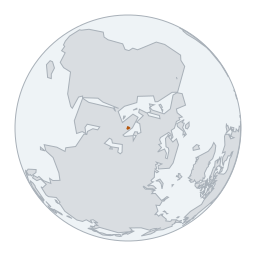 Amasya highlighted on a globe, orthographic projection, rotated 139°
{"feature_id": "TUR-2290", "entity_name": "Amasya", "entity_type": "Province", "adm_level": 1, "iso_a3": "TUR", "parent_name": "Turkey", "parent_adm1": "", "projection": "orthographic", "projection_center": [35.812, 40.638], "detail": "fine", "context": "on_globe", "style": "filled", "palette": "amber", "viewbox_px": 256, "rotation_deg": 139, "n_neighbors": 0, "source": "natural_earth", "source_scale": "10m", "svg_char_len": 10560}
<svg xmlns="http://www.w3.org/2000/svg" viewBox="0 0 256 256"><g transform="rotate(139 128 128)"><circle cx="128" cy="128" r="113" fill="#eef3f6" stroke="#a8b0b8"/><path d="M102.7,18.2L102.9,18.2L100.6,18.7L102.7,18.2ZM99.9,18.9L101.1,18.7L105.2,17.8L107.5,17.4L117.6,17.3L130.8,17.7L135.6,17.3L134.1,18.0L143.5,17.4L151.1,18.5L142.1,17.6L140.9,17.9L145.9,18.7L145.7,19.2L148.0,19.9L147.4,20.5L142.2,20.2L141.7,20.7L145.2,21.3L146.8,22.5L141.7,21.5L143.9,23.6L135.7,24.1L122.6,22.1L117.6,23.9L103.0,26.1L103.9,26.8L98.9,28.5L98.1,30.0L95.7,30.2L97.2,31.3L99.6,30.8L101.1,31.2L100.9,32.2L97.6,32.5L97.3,32.1L96.2,32.7L94.7,32.5L95.3,33.2L91.5,33.7L94.9,34.6L91.5,36.3L89.0,36.2L89.8,34.3L86.1,30.4L83.8,30.2L79.8,31.6L71.2,38.1L68.5,38.9L64.4,41.4L65.6,41.7L69.3,39.9L70.6,41.3L74.8,39.2L76.0,39.6L80.2,38.5L78.9,40.8L75.5,43.8L71.9,44.9L70.3,46.3L73.2,47.2L66.1,51.5L60.7,58.3L58.9,59.3L56.3,57.5L57.6,52.4L54.3,51.1L55.8,54.2L51.3,57.2L50.4,58.8L50.2,60.1L51.7,60.0L50.0,61.6L47.9,58.8L49.4,57.3L50.0,58.1L50.6,55.8L49.1,54.4L47.0,56.3L47.0,53.0L45.5,54.4L44.7,54.7L47.1,52.6L42.8,56.4L42.5,54.9L38.6,59.5L42.8,54.3L43.1,54.0L43.2,53.9L49.0,47.7L55.2,42.0L61.9,36.8L68.9,32.1L76.3,27.9L83.9,24.3L91.8,21.3L99.9,18.9ZM18.8,100.5L18.3,102.5L18.2,102.9L16.1,115.3L15.8,125.4L15.7,130.8L15.6,132.1L15.9,135.5L15.9,137.0L18.9,150.3L22.0,159.9L22.8,165.0L22.3,166.4L23.5,170.0L20.8,162.6L18.7,155.0L17.0,147.3L16.0,139.5L15.4,131.7L15.4,123.8L16.0,116.0L17.1,108.2L18.8,100.5ZM35.7,63.5L36.7,62.0L35.9,63.1L35.7,63.5ZM108.6,17.2L105.2,17.8L101.6,18.5L104.4,17.9L108.6,17.2ZM115.4,16.5L113.8,16.8L112.5,16.7L113.8,16.5L115.4,16.5ZM139.0,17.1L136.4,16.9L139.0,17.0L139.0,17.1ZM148.4,19.9L149.3,19.9L150.1,20.3L148.4,19.9ZM80.6,37.3L80.4,37.9L79.7,37.8L80.6,37.3ZM82.6,36.4L81.9,35.9L82.8,35.4L83.2,35.7L82.6,36.4ZM149.9,21.7L151.0,22.6L149.0,21.6L149.9,21.7ZM83.2,37.2L84.4,34.5L85.9,33.7L88.6,34.2L83.2,37.2ZM151.1,23.0L153.8,25.4L155.9,25.4L151.7,26.9L150.7,24.3L147.9,23.0L150.2,23.4L151.1,23.0ZM100.5,30.3L97.9,30.8L100.3,29.5L100.5,30.3ZM101.7,29.4L106.8,25.4L110.6,25.3L108.1,26.5L113.1,25.8L112.3,27.7L109.4,28.5L107.2,28.2L108.6,29.2L101.7,29.4ZM148.9,27.4L148.8,28.1L147.9,27.4L148.9,27.4ZM101.9,31.3L102.6,30.4L105.9,30.2L105.0,31.9L104.2,31.4L101.9,31.3ZM114.7,24.8L117.0,25.1L117.0,26.6L117.9,27.0L112.6,27.7L114.7,24.8ZM103.4,31.9L104.5,32.8L102.8,33.8L101.4,32.1L103.4,31.9ZM107.1,29.4L108.6,29.4L107.5,30.0L107.1,29.4ZM97.2,38.2L98.0,37.0L99.7,36.7L97.2,38.2ZM105.1,33.1L105.7,32.7L106.5,32.5L106.8,33.3L105.1,33.1ZM113.0,28.9L112.5,29.5L115.2,28.6L115.3,29.9L111.7,30.2L113.3,30.6L113.4,31.0L110.4,30.9L113.0,28.9ZM109.6,33.6L105.1,34.7L103.2,37.0L101.6,37.2L104.9,33.6L109.6,33.6ZM110.3,32.0L109.5,33.0L107.9,32.7L107.5,31.8L110.3,32.0ZM116.7,30.6L117.4,28.6L118.2,28.6L116.7,30.6ZM109.3,34.3L110.4,34.0L109.4,34.5L109.3,34.3ZM114.8,31.8L114.9,31.0L115.8,31.1L114.8,31.8ZM112.5,34.2L111.0,34.5L110.7,33.9L112.5,34.2ZM113.8,33.2L114.9,33.4L111.5,33.5L113.7,32.8L113.8,33.2ZM115.6,31.9L116.1,31.7L115.4,32.3L115.6,31.9ZM114.5,36.6L110.3,36.9L109.5,35.4L113.8,35.3L114.5,36.6ZM45.5,167.0L40.5,148.5L43.7,144.4L44.8,137.3L67.1,122.5L71.3,126.0L88.3,128.4L90.3,130.0L87.7,135.5L100.0,145.6L104.7,141.4L116.4,146.7L124.6,146.9L128.6,135.8L115.2,135.2L113.4,129.5L124.6,125.2L136.4,126.0L136.1,123.8L129.2,118.9L132.4,114.9L126.8,116.9L128.7,119.2L125.3,120.7L123.4,118.7L124.6,117.3L121.2,116.1L116.3,123.6L117.6,126.8L108.4,127.3L109.8,132.6L107.1,134.7L103.7,126.5L104.4,123.7L97.7,114.0L96.1,116.9L102.4,126.4L100.2,125.4L98.1,129.8L97.9,125.6L91.5,115.0L83.5,114.7L72.4,123.3L67.9,122.5L64.6,118.4L69.6,107.5L79.0,110.6L80.9,107.2L79.8,100.7L82.8,102.3L83.5,100.2L87.1,101.2L93.1,97.4L96.9,97.9L100.0,91.6L102.4,91.2L99.8,94.9L100.2,98.0L109.8,99.5L111.9,98.4L113.1,94.3L115.6,95.4L115.5,91.3L121.4,90.4L114.2,88.2L115.5,83.8L119.4,80.8L118.5,79.1L112.1,84.0L110.7,86.3L111.6,88.9L106.6,95.5L103.1,96.1L103.4,88.0L98.5,88.1L100.9,82.2L116.9,72.0L123.2,70.5L131.9,77.1L130.1,79.7L126.0,78.6L129.0,83.6L129.1,81.3L131.2,82.3L132.9,78.7L134.5,79.3L133.5,75.0L135.6,75.3L136.2,78.1L140.5,73.5L145.0,73.4L145.3,72.1L144.2,70.7L150.7,71.7L150.6,70.7L148.4,70.0L146.8,67.6L146.4,64.0L148.7,64.5L149.1,65.9L153.4,69.8L154.3,73.7L155.1,73.6L155.0,70.4L149.7,65.5L148.9,63.2L151.7,65.1L150.6,64.2L150.9,63.3L153.2,62.9L150.3,60.7L150.3,50.2L155.0,48.7L157.5,51.4L159.9,45.6L164.9,45.0L162.9,44.2L162.7,41.3L161.1,41.4L160.1,40.9L158.9,34.1L160.4,33.1L157.6,29.9L156.5,29.6L155.3,30.1L151.7,26.9L155.9,25.4L158.0,26.1L159.2,24.9L163.9,26.9L168.3,28.3L172.7,31.5L175.8,32.5L175.9,32.0L180.3,33.1L188.8,37.8L181.4,36.3L168.5,31.0L173.8,33.2L172.4,33.5L174.2,34.9L177.9,36.6L178.4,36.2L183.6,44.1L192.2,51.4L191.9,48.2L194.4,48.4L204.0,55.3L214.6,71.6L218.0,73.1L220.0,75.4L220.9,79.0L218.1,75.6L216.6,76.4L214.8,74.1L215.4,79.1L212.9,76.0L214.5,81.7L216.8,83.0L217.3,79.5L219.7,86.1L223.6,87.3L227.0,92.2L230.3,106.6L229.3,114.5L229.8,116.5L227.9,116.6L227.7,122.6L233.1,128.4L233.7,131.3L232.2,140.8L231.8,138.9L226.7,139.1L227.4,146.7L231.3,148.1L232.7,153.0L230.4,154.2L228.8,150.0L227.0,149.9L226.3,143.7L222.6,136.8L220.2,141.4L219.2,137.7L213.7,133.1L209.6,139.5L203.9,154.9L205.0,164.5L202.2,170.4L194.3,160.2L190.9,151.6L187.9,153.9L179.7,148.4L165.3,152.3L163.4,150.1L160.7,152.0L155.0,150.5L152.1,146.5L148.6,147.4L156.3,157.6L160.1,156.7L163.4,151.5L164.9,155.3L170.4,157.6L163.8,168.7L142.7,180.2L140.8,173.1L126.0,152.5L126.5,150.0L126.5,149.7L126.3,149.2L124.7,153.3L122.2,149.0L129.9,164.0L131.1,170.2L142.4,180.7L141.3,181.9L145.0,183.8L157.1,179.4L157.1,181.8L151.2,193.3L134.6,208.0L137.0,215.8L136.1,222.0L126.1,226.0L127.4,229.9L122.3,231.1L122.2,233.0L118.3,234.7L111.7,235.7L100.1,233.9L99.0,232.4L92.7,228.1L83.8,216.6L86.4,212.3L85.2,207.7L76.8,195.0L78.7,189.2L76.5,185.8L72.0,185.1L69.5,180.8L66.8,179.8L50.3,174.3L45.5,167.0ZM58.9,132.6L58.1,134.7L58.9,132.6ZM148.7,132.4L155.9,131.9L153.0,125.1L155.6,124.4L153.7,122.4L152.8,124.6L148.2,119.2L151.5,116.6L150.8,113.6L148.4,113.6L143.1,119.3L149.6,126.9L147.8,130.1L148.7,132.4ZM18.3,102.6L17.9,104.5L18.1,103.3L18.3,102.6ZM23.9,85.3L23.1,87.5L23.6,86.0L23.9,85.3ZM27.0,78.2L24.5,83.7L25.1,82.2L27.0,78.2ZM35.2,64.3L35.3,64.0L36.1,63.0L35.2,64.3ZM51.5,57.4L51.6,57.6L51.1,59.2L50.6,58.8L51.5,57.4ZM53.4,64.3L50.7,66.8L52.3,64.7L51.0,64.5L52.8,60.1L58.1,59.6L55.4,60.5L53.4,64.3ZM56.6,54.4L54.9,57.0L56.6,54.2L56.6,54.4ZM83.8,88.3L84.7,90.2L82.9,92.4L78.1,92.4L80.6,89.3L83.8,88.3ZM86.5,92.5L88.2,84.9L91.3,84.8L89.2,86.1L91.1,86.8L88.4,89.1L89.7,96.7L88.2,99.2L80.1,97.5L83.6,96.6L82.4,94.7L86.5,92.5ZM86.9,67.9L87.7,65.2L93.4,68.3L92.0,70.5L87.1,70.5L85.8,68.0L86.9,67.9ZM87.7,39.0L87.6,38.2L88.5,38.0L89.3,38.6L87.7,39.0ZM97.4,37.6L89.0,42.3L88.4,41.6L84.1,45.6L81.1,45.3L84.0,42.7L78.4,45.6L79.8,43.2L76.2,45.4L82.9,39.7L83.9,37.8L84.0,39.9L86.7,40.2L88.3,39.7L93.3,37.2L96.9,33.5L100.2,33.4L101.6,34.3L101.3,35.2L99.2,34.9L100.2,36.3L97.0,36.6L97.4,37.6ZM116.1,48.3L113.9,47.1L115.3,50.9L112.1,50.8L112.5,51.3L109.9,52.3L107.4,54.4L106.0,54.0L105.7,55.0L103.9,55.8L103.0,57.1L100.2,56.9L98.7,58.5L98.2,57.5L96.5,60.4L96.5,58.2L94.3,59.1L95.5,60.8L82.7,57.8L77.3,58.7L72.8,60.8L73.4,57.0L78.0,52.9L84.3,49.3L89.4,49.2L88.8,47.7L91.0,47.2L90.6,48.6L92.6,46.2L94.3,46.2L99.9,43.8L101.7,40.7L103.8,39.8L104.0,41.1L106.0,39.4L107.7,41.3L109.2,40.8L112.5,42.3L111.9,45.2L113.7,44.4L116.2,45.7L116.1,48.3ZM115.4,37.1L115.4,40.4L113.7,42.0L108.8,38.8L107.1,39.0L103.9,37.2L106.5,35.0L107.2,35.7L108.4,35.8L107.1,36.4L109.1,36.1L110.1,37.0L112.0,37.0L111.5,38.1L115.4,37.1ZM93.0,128.3L94.7,128.9L97.3,129.2L96.0,132.1L93.0,128.3ZM88.5,121.1L90.1,121.0L89.5,125.1L87.8,124.5L88.5,121.1ZM91.3,117.7L90.2,120.7L89.8,118.8L91.3,117.7ZM101.3,94.7L103.0,94.6L103.0,95.6L101.9,96.9L101.3,94.7ZM119.8,60.6L118.8,59.4L119.4,59.0L119.3,55.8L121.7,55.8L122.7,57.7L119.8,60.6ZM126.0,137.7L123.4,139.8L122.3,138.7L123.4,138.2L126.0,137.7ZM108.8,136.4L112.5,138.2L108.4,137.1L108.8,136.4ZM122.4,60.1L122.1,58.7L123.4,59.6L122.4,60.1ZM123.5,55.7L125.2,56.3L122.0,55.4L123.5,55.7ZM155.5,218.9L148.0,229.3L142.6,229.9L141.5,227.5L144.2,221.5L150.5,219.0L153.5,215.6L155.5,218.9ZM238.3,150.8L237.9,152.8L238.1,151.6L238.4,150.2L238.3,150.8ZM237.7,153.2L234.4,161.4L232.8,163.6L233.4,161.5L236.1,156.6L237.7,153.2ZM233.3,161.7L230.4,162.5L224.6,156.9L226.7,154.8L232.5,155.3L232.2,157.0L233.9,157.3L233.3,161.7ZM239.1,142.0L238.8,146.3L237.2,150.6L236.4,152.1L235.8,148.7L236.1,145.4L236.9,143.8L238.5,128.7L239.4,128.4L239.2,134.0L239.8,135.4L239.1,142.0ZM205.6,165.1L208.3,169.1L206.6,171.1L205.6,165.1ZM238.1,120.0L238.2,126.5L237.8,119.0L238.1,120.0ZM237.2,113.9L237.7,115.6L237.0,114.9L237.2,113.9ZM230.8,119.2L230.1,121.4L229.5,120.1L230.2,116.5L230.8,119.2ZM229.6,96.5L231.5,100.4L232.1,102.0L230.7,100.5L229.6,96.5ZM142.3,59.7L139.7,64.0L139.4,67.5L141.8,69.8L137.4,68.5L137.8,63.2L142.3,59.7ZM149.1,51.2L147.1,49.5L148.7,49.2L149.3,49.6L149.1,51.2ZM147.4,50.9L143.6,50.7L142.9,49.1L146.0,49.5L147.4,50.9ZM132.9,55.1L132.0,56.3L130.9,55.5L132.9,55.1ZM240.0,139.5L240.1,138.1L239.6,143.1L239.4,144.2L239.7,141.2L240.0,135.4L240.2,132.3L240.6,126.6L240.1,134.8L240.2,136.3L240.5,132.1L240.3,136.3L240.2,137.7L240.0,139.5ZM240.1,120.2L239.5,119.1L239.5,122.2L239.0,114.0L239.7,116.4L240.1,120.2ZM238.8,115.1L238.8,117.9L238.4,113.5L238.8,115.1ZM238.5,117.3L238.0,115.3L238.2,114.2L238.5,117.3ZM238.9,114.2L237.9,110.2L238.6,111.7L238.9,114.2ZM236.4,111.0L237.9,111.6L236.9,114.0L234.4,107.1L234.6,105.2L236.4,111.0ZM222.0,74.1L220.6,72.6L220.1,70.7L221.2,72.2L222.0,74.1ZM217.2,63.8L219.5,69.7L221.1,74.9L221.8,74.6L224.2,78.6L222.0,77.2L219.1,71.4L218.3,68.1L216.0,65.2L214.0,61.6L211.0,58.9L209.4,56.7L211.9,58.3L217.2,63.8ZM209.7,57.9L203.8,52.7L203.9,50.7L205.2,51.4L207.9,54.5L207.7,55.4L209.7,57.9ZM202.4,50.9L202.1,51.8L192.7,47.5L190.8,46.1L198.0,48.0L198.1,48.9L200.4,50.4L202.4,50.9ZM150.0,28.2L148.9,28.1L149.6,27.7L150.0,28.2ZM159.3,41.0L158.1,40.2L159.0,39.7L159.3,41.0ZM155.2,37.8L155.0,38.9L154.3,37.4L155.2,37.8ZM154.8,41.5L154.5,39.2L156.1,41.7L154.8,41.5Z" fill="#d9dde1" stroke="#a8b0b8" stroke-width="1"/><path d="M126.9,127.1L127.4,127.2L127.5,127.2L127.5,127.3L127.8,127.5L128.0,127.5L128.3,127.6L128.5,127.5L128.6,127.4L128.8,127.4L128.9,127.5L129.0,127.7L129.0,127.8L128.9,127.9L128.9,128.0L128.7,128.2L128.7,128.3L128.4,128.4L128.2,128.3L127.9,128.5L127.7,128.7L127.6,128.8L127.4,128.9L127.3,128.7L127.4,128.4L127.5,128.2L127.4,128.1L127.2,128.0L127.0,127.9L126.9,127.8L126.9,127.7L126.9,127.3L126.9,127.2L126.9,127.1Z" fill="#f59e0b" stroke="#b45309" stroke-width="1.5"/></g></svg>